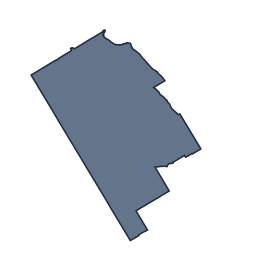 Mount Remarkable, South Australia, Australia (Mercator projection), rotated 149°
{"feature_id": "25037944B97955965068321", "entity_name": "Mount Remarkable", "entity_type": "district", "adm_level": 2, "iso_a3": "AUS", "parent_name": "Australia", "parent_adm1": "South Australia", "projection": "mercator", "projection_center": [138.036, -32.718], "detail": "fine", "context": "isolated", "style": "filled", "palette": "slate", "viewbox_px": 256, "rotation_deg": 149, "n_neighbors": 0, "source": "geoboundaries", "source_scale": "gbopen_adm2", "svg_char_len": 4645}
<svg xmlns="http://www.w3.org/2000/svg" viewBox="0 0 256 256"><g transform="rotate(149 128 128)"><path d="M76.3,72.5L76.3,113.4L77.9,113.4L80.4,121.7L80.4,121.9L80.4,122.1L80.5,123.6L80.5,123.8L80.4,124.2L80.1,126.4L80.0,126.9L80.0,127.1L80.1,127.5L80.5,129.2L80.6,129.6L80.6,129.9L80.6,130.2L80.5,131.0L80.4,131.3L80.4,131.6L80.5,131.8L80.5,132.1L80.6,132.3L81.1,133.6L81.2,134.0L81.3,134.2L81.3,134.4L81.3,135.4L81.4,135.6L81.4,135.9L83.0,139.8L83.1,140.1L83.2,140.4L83.2,140.7L83.0,142.9L83.0,143.2L83.1,143.4L84.5,148.4L84.8,148.9L85.1,149.5L72.0,149.5L72.1,150.1L72.1,150.7L72.2,151.4L72.3,151.8L72.2,152.1L72.2,152.3L72.4,152.7L72.5,153.4L72.5,153.6L72.6,153.8L72.6,154.6L72.8,155.4L72.9,155.7L73.0,155.8L72.9,156.0L73.1,156.5L73.3,157.2L73.6,157.8L73.8,158.1L73.8,158.4L73.9,158.6L74.0,159.3L74.0,159.6L73.9,160.5L74.1,161.3L74.2,161.5L74.3,161.5L74.7,161.9L74.9,162.2L74.9,162.3L74.8,162.2L74.6,162.0L74.6,162.3L74.7,162.6L74.9,163.0L75.0,163.2L75.1,163.3L75.3,163.6L75.5,163.9L75.6,164.2L75.7,164.3L75.9,164.7L76.0,164.9L76.3,165.7L76.6,166.5L76.8,167.1L77.0,167.9L77.1,168.4L77.2,168.8L77.3,169.6L77.5,170.0L77.5,170.5L77.6,171.1L77.6,171.6L77.6,171.9L77.6,172.0L77.7,172.3L77.9,172.8L78.0,173.6L78.2,174.0L78.2,174.3L78.3,174.6L78.3,174.8L78.4,175.0L78.5,175.5L78.6,175.9L78.6,176.8L78.6,177.0L78.6,177.5L78.7,177.8L78.8,178.0L79.1,178.8L79.3,179.7L79.5,180.2L79.5,180.8L79.5,181.3L79.6,181.7L79.6,182.0L79.8,182.7L79.8,183.5L79.7,184.0L79.8,184.6L79.8,184.8L80.1,185.4L80.2,185.6L80.2,185.9L80.3,186.3L80.5,187.0L80.6,187.3L80.7,187.5L81.0,188.3L81.6,189.4L81.7,189.7L81.7,190.1L81.9,190.3L82.0,190.6L82.1,191.1L82.2,191.3L82.2,191.5L82.3,191.7L82.6,192.1L82.9,192.8L83.0,193.0L83.3,193.0L83.2,193.3L83.1,193.5L83.1,194.1L83.0,194.5L83.0,194.9L83.0,195.0L83.3,194.9L83.5,194.9L83.5,195.0L83.4,195.4L83.2,195.8L83.1,196.1L83.0,196.4L82.9,196.8L82.9,197.0L82.9,197.3L82.7,197.5L82.5,197.8L82.5,198.1L82.5,198.4L82.4,198.7L82.3,199.0L82.4,199.3L82.8,199.8L83.0,200.0L83.3,200.2L83.6,200.5L83.9,200.7L84.1,200.9L84.2,201.0L84.3,201.0L84.5,201.2L84.6,201.4L84.8,201.6L84.9,201.8L85.2,201.9L85.3,201.9L85.5,201.8L85.7,201.7L85.8,201.7L86.1,201.5L86.4,201.6L87.1,201.9L87.4,202.1L87.5,202.2L87.8,202.2L88.3,202.5L88.7,202.6L88.8,202.7L89.0,202.3L89.2,202.2L89.4,202.2L89.5,202.3L89.8,202.3L90.0,202.4L90.5,202.7L90.8,202.8L91.3,203.0L91.6,203.3L92.0,203.6L92.1,203.4L92.3,203.4L92.6,203.6L93.0,203.9L93.2,204.1L93.3,204.2L94.1,204.7L94.2,204.9L94.3,204.9L94.4,205.0L94.5,205.1L94.7,205.3L95.0,205.6L94.8,205.4L94.7,205.2L94.9,205.4L95.0,205.4L95.2,205.5L95.3,205.5L95.5,205.7L95.7,205.8L96.0,206.2L96.2,206.5L96.3,206.7L96.5,207.0L96.6,207.3L96.8,207.6L97.0,208.2L97.1,208.3L97.4,208.7L97.5,208.9L97.5,209.0L97.7,209.4L98.1,210.1L98.2,210.3L98.4,211.0L98.6,211.8L98.6,212.1L99.3,213.4L99.4,213.7L99.8,214.2L100.0,214.7L100.1,215.0L100.3,215.3L100.5,215.7L100.7,216.0L101.1,216.8L101.2,217.1L101.3,217.6L101.4,218.0L101.5,218.4L101.6,218.6L101.8,218.7L101.9,218.9L101.9,219.2L101.9,219.5L101.9,219.8L101.7,220.1L101.6,220.3L101.4,220.3L101.2,220.1L100.9,220.0L100.8,220.5L100.9,220.8L100.8,221.0L100.7,221.0L100.4,221.1L100.1,221.4L99.9,221.5L99.8,221.9L100.0,222.2L100.2,222.5L100.5,222.8L100.3,222.8L100.1,222.8L99.9,222.7L99.7,222.4L99.2,222.3L99.0,222.2L98.8,222.1L98.7,222.1L98.4,222.3L98.0,222.6L97.8,222.8L97.5,223.0L97.4,223.1L97.4,223.4L97.5,223.7L97.5,223.8L97.4,223.9L97.5,224.0L97.9,224.0L98.1,224.1L98.5,224.3L98.9,224.3L99.2,224.2L99.4,224.1L99.5,224.0L99.7,223.9L99.5,223.7L99.7,223.4L99.8,223.4L99.9,223.2L100.0,223.2L100.0,223.3L100.4,223.5L100.5,223.5L101.5,223.5L102.4,223.5L110.2,223.5L113.9,223.6L119.2,223.6L126.4,223.5L133.2,223.5L134.0,225.3L135.3,225.3L135.3,225.8L136.2,225.8L136.2,224.3L136.7,224.1L136.7,223.5L151.7,223.4L152.7,223.1L153.2,223.1L153.3,223.1L153.8,223.2L154.1,223.2L155.4,223.0L155.4,223.4L155.5,223.4L183.8,223.3L183.8,202.3L183.8,199.7L183.8,194.8L183.8,194.0L183.8,193.7L183.8,185.0L183.8,182.0L183.9,167.4L183.9,158.8L183.9,155.2L183.9,130.4L183.9,130.2L183.9,127.6L183.9,109.5L183.9,97.2L183.9,72.5L184.0,72.4L184.0,58.5L184.0,56.5L184.0,30.3L174.1,30.2L173.8,30.9L173.7,30.9L169.8,30.9L168.6,30.8L163.8,30.5L163.8,41.2L163.8,42.6L163.7,43.2L163.8,43.4L163.8,52.9L160.4,52.9L142.8,52.8L125.1,52.8L125.0,64.8L125.0,80.5L119.8,78.2L118.6,77.6L118.3,77.4L115.8,76.0L114.7,74.8L114.1,75.0L113.6,75.4L112.3,76.0L112.0,76.2L110.8,76.4L110.4,76.1L109.8,75.4L108.1,75.5L108.1,75.4L108.0,75.5L107.9,75.4L107.6,75.4L107.2,75.0L107.0,75.4L94.2,75.4L94.2,75.5L93.9,75.5L93.9,75.3L94.0,75.3L93.6,73.2L88.3,73.1L86.3,73.2L86.3,72.6L76.3,72.5Z" fill="#64748b" stroke="#1e293b" stroke-width="1.5"/></g></svg>